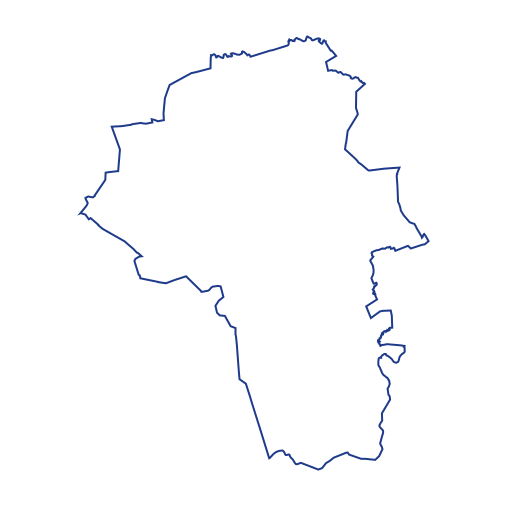 outline of Vārkavas pag., Varkavas, Latvia, rotated 357°
{"feature_id": "27541924B75786186829450", "entity_name": "Vārkavas pag.", "entity_type": "district", "adm_level": 2, "iso_a3": "LVA", "parent_name": "Latvia", "parent_adm1": "Varkavas", "projection": "albers", "projection_center": [26.639, 56.228], "detail": "fine", "context": "isolated", "style": "outline", "palette": "blue", "viewbox_px": 512, "rotation_deg": 357, "n_neighbors": 0, "source": "geoboundaries", "source_scale": "gbopen_adm2", "svg_char_len": 6000}
<svg xmlns="http://www.w3.org/2000/svg" viewBox="0 0 512 512"><g transform="rotate(357 256 256)"><path d="M258.6,458.7L259.2,458.4L263.1,454.6L265.0,453.3L266.4,452.6L269.0,451.8L272.1,451.6L273.4,452.6L274.1,453.9L274.8,455.7L275.2,456.2L276.0,456.4L278.1,455.9L278.9,456.1L279.7,458.4L282.3,461.5L283.9,464.6L285.1,466.0L286.3,466.1L289.9,464.9L290.2,465.0L307.0,472.5L310.9,471.3L315.1,466.5L319.2,464.3L323.0,461.5L335.4,457.3L337.0,457.0L337.3,457.1L338.6,459.2L350.3,464.0L354.8,464.3L364.4,465.8L368.5,462.3L372.2,455.5L371.8,453.6L370.3,450.3L370.2,449.6L372.1,443.6L373.5,439.8L373.8,438.2L373.6,436.8L370.9,433.5L370.4,432.6L370.4,431.6L371.5,429.6L373.4,426.9L373.5,419.7L382.4,406.4L382.1,402.9L381.0,401.4L380.5,395.2L381.7,393.6L382.9,390.5L382.5,388.9L382.5,387.4L381.8,386.7L381.7,385.8L380.9,385.1L380.8,384.5L379.6,383.8L378.7,382.8L377.4,381.8L376.6,380.9L375.8,379.4L373.8,373.8L372.6,371.7L372.5,371.1L372.6,368.2L373.0,365.6L373.3,364.6L373.6,364.3L374.2,364.0L375.6,364.2L375.6,363.3L376.7,362.0L377.9,361.2L379.1,360.5L380.5,360.7L381.0,362.1L382.0,362.4L383.9,363.8L386.1,365.9L388.0,368.9L389.3,369.6L390.7,369.9L392.4,369.1L393.0,367.9L394.1,364.4L395.0,363.2L396.5,361.7L398.9,360.2L399.5,359.2L399.6,355.9L399.5,355.1L399.1,354.9L398.9,354.4L398.7,354.3L398.7,353.9L399.3,353.6L399.5,353.8L399.6,353.6L395.8,352.8L382.2,350.9L379.2,351.4L377.7,351.4L376.3,351.9L375.9,351.7L375.8,351.8L375.9,352.1L375.7,352.3L375.4,352.2L375.4,351.8L375.6,351.0L374.4,350.2L373.8,348.6L374.7,348.6L375.2,348.0L374.7,347.5L374.5,347.0L374.2,346.9L373.8,347.2L373.7,347.6L373.3,347.6L373.4,346.8L373.8,346.0L374.1,345.9L374.6,346.1L375.0,345.8L375.2,344.5L376.4,344.2L376.7,343.3L376.5,342.9L376.8,342.5L376.7,342.2L376.8,341.7L378.7,341.0L378.8,340.2L378.4,340.4L377.8,340.3L377.7,340.1L377.7,339.7L378.2,339.4L378.8,339.8L379.1,338.9L379.5,339.0L379.9,338.0L380.5,337.7L381.0,337.7L381.4,338.0L381.7,337.9L381.9,338.4L382.6,337.6L383.1,337.9L383.3,337.8L383.1,337.4L383.2,337.0L383.7,337.4L384.0,337.2L383.9,336.6L384.3,336.4L385.0,337.2L385.3,337.1L385.6,336.3L385.0,336.0L384.9,335.7L385.0,335.4L385.9,334.7L388.3,334.7L388.5,322.7L387.7,317.5L379.6,317.4L376.8,317.9L367.5,324.0L363.4,312.1L374.6,305.7L373.0,301.6L373.0,301.0L373.2,300.8L372.9,300.4L372.9,299.9L372.6,299.9L372.5,300.2L371.7,300.2L371.0,299.7L371.3,298.6L372.2,298.3L372.4,297.9L371.9,296.6L371.3,296.5L371.2,296.0L370.9,295.5L372.2,294.0L372.1,293.3L372.6,292.9L372.7,292.3L373.2,292.2L373.4,292.4L375.0,291.0L375.1,290.8L374.7,290.1L375.1,289.4L374.6,289.0L372.9,289.8L372.0,289.7L370.1,284.4L370.2,284.0L372.0,280.6L372.5,278.4L372.7,275.9L372.2,271.7L369.8,266.7L370.1,266.1L373.1,262.8L371.9,261.6L372.1,260.4L371.5,259.2L372.1,258.2L376.4,256.6L379.0,256.4L381.5,255.4L382.8,255.4L382.9,255.1L385.1,255.5L387.3,254.2L388.9,254.5L389.3,254.0L390.4,253.8L390.7,254.2L391.1,255.9L392.9,255.7L393.9,255.0L394.7,255.6L394.7,256.2L395.0,256.7L395.4,258.1L408.3,253.8L411.0,256.6L422.9,253.4L425.1,253.2L429.1,250.2L426.6,245.1L425.1,242.8L424.7,243.0L424.5,243.7L423.8,244.4L423.5,244.9L423.5,245.6L422.7,246.4L422.5,245.5L417.7,236.3L417.6,235.7L415.9,232.3L411.3,230.4L405.7,223.2L403.0,218.2L402.7,215.5L401.9,212.3L400.7,209.2L400.9,193.6L400.7,183.8L400.9,182.4L401.3,181.8L401.0,181.5L403.9,175.2L388.5,175.5L373.5,176.6L372.6,176.3L365.8,169.9L363.2,168.0L362.1,166.2L360.5,164.3L350.5,154.1L351.5,148.7L352.0,147.3L354.1,135.9L365.1,119.9L364.8,118.0L363.6,113.4L364.7,97.2L373.8,89.8L372.8,88.7L371.9,88.9L371.5,88.7L370.3,87.0L369.9,87.4L369.4,87.1L368.1,85.3L367.2,83.4L366.1,83.3L364.7,82.5L363.3,83.1L362.8,83.7L361.3,84.0L360.0,83.3L359.9,83.0L360.1,82.5L359.9,82.1L359.5,81.3L359.0,80.9L355.0,79.3L352.7,79.5L350.3,76.9L349.6,76.6L347.8,77.3L345.2,75.0L342.3,75.0L342.0,74.8L341.7,74.4L341.3,74.3L337.7,74.8L336.1,65.9L346.5,60.4L342.3,54.8L341.4,54.9L336.8,46.8L336.9,45.3L335.7,45.1L335.3,44.2L334.7,44.3L333.4,47.1L333.0,47.5L332.7,47.5L330.5,45.5L329.9,44.7L329.9,44.4L330.1,44.0L330.9,43.9L331.3,43.5L331.4,42.7L330.8,42.2L329.8,42.0L328.3,42.1L324.5,43.5L323.6,43.6L323.2,43.4L322.4,41.9L321.9,41.3L320.0,40.4L319.0,39.5L318.4,39.6L318.1,40.0L317.0,43.1L316.0,43.8L315.0,44.1L313.7,43.6L310.8,41.7L309.8,41.7L308.6,40.6L307.8,40.4L305.6,42.2L305.9,43.1L305.5,43.4L304.0,43.3L302.7,42.2L301.9,42.1L301.1,42.7L300.5,41.7L299.5,43.5L299.9,44.9L299.8,45.7L299.5,46.6L298.6,47.4L283.0,51.4L281.3,51.5L261.0,56.7L259.9,54.6L259.1,54.4L257.9,55.1L256.9,53.7L254.9,51.7L253.2,51.0L252.7,51.4L252.6,52.8L252.5,53.1L250.7,53.9L249.7,54.2L247.5,53.8L244.3,52.5L243.0,52.3L242.0,52.4L241.5,52.9L242.3,53.9L242.6,54.9L242.0,55.4L240.4,55.4L239.1,54.9L238.3,55.7L237.8,55.5L236.3,52.9L235.3,52.8L234.7,53.1L234.2,53.7L233.9,55.9L233.5,56.5L233.2,56.5L232.3,56.3L228.7,54.1L228.1,54.3L227.1,55.6L226.7,55.6L226.4,55.1L226.1,53.8L225.8,53.2L224.9,52.4L224.2,52.4L222.4,53.4L221.6,53.1L221.1,56.6L220.4,66.2L206.0,69.2L201.0,70.0L178.7,80.7L175.9,87.2L173.3,93.7L171.1,108.7L171.1,115.5L165.1,116.3L161.6,114.7L159.0,114.0L159.5,117.2L153.2,118.1L150.3,117.7L148.0,117.1L139.1,117.9L138.4,118.4L128.7,119.3L118.7,119.3L125.7,142.5L122.8,164.0L114.2,164.5L110.2,164.9L109.5,172.1L97.8,187.5L98.1,187.5L98.0,187.8L96.0,188.9L91.6,187.8L88.7,189.1L89.1,190.7L90.6,193.9L90.7,194.4L90.5,194.8L89.8,196.3L88.7,197.7L82.9,204.1L83.2,204.0L87.8,205.7L91.0,210.6L92.8,209.5L100.1,216.5L99.9,216.7L100.7,217.6L104.4,221.0L125.4,234.4L134.0,242.6L137.3,246.5L138.2,246.7L141.8,250.3L139.3,250.5L135.9,252.3L135.2,252.9L134.3,254.6L137.9,268.7L138.9,269.3L139.2,270.9L139.3,272.2L157.1,276.8L157.1,277.0L164.7,278.5L172.9,275.9L185.1,272.6L199.4,288.2L199.4,288.7L200.1,289.0L206.4,288.1L207.5,287.5L209.8,285.1L211.3,284.3L216.5,283.9L219.1,284.5L221.3,295.2L216.5,298.7L212.9,303.6L214.1,310.6L216.7,313.4L221.8,314.2L227.0,324.8L231.8,326.9L231.4,332.9L231.8,335.3L232.2,342.5L232.8,370.1L233.1,378.2L239.2,383.0L242.7,396.2L244.2,402.5L251.2,429.5L258.6,458.7Z" fill="none" stroke="#1e3a8a" stroke-width="2"/></g></svg>